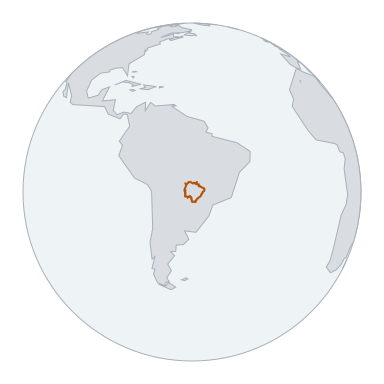 the Earth from above Mato Grosso do Sul
{"feature_id": "BRA-600", "entity_name": "Mato Grosso do Sul", "entity_type": "State", "adm_level": 1, "iso_a3": "BRA", "parent_name": "Brazil", "parent_adm1": "", "projection": "orthographic", "projection_center": [-55.435, -20.619], "detail": "fine", "context": "on_globe", "style": "outline", "palette": "amber", "viewbox_px": 384, "rotation_deg": 0, "n_neighbors": 0, "source": "natural_earth", "source_scale": "10m", "svg_char_len": 7741}
<svg xmlns="http://www.w3.org/2000/svg" viewBox="0 0 384 384"><circle cx="192" cy="192" r="169" fill="#eef3f6" stroke="#a8b0b8"/><path d="M163.5,25.5L163.2,25.5L160.0,26.1L163.5,25.5ZM157.4,26.6L140.5,31.3L136.9,32.8L136.9,33.4L148.4,31.9L146.6,33.5L148.1,34.8L151.6,33.2L151.6,31.7L158.4,29.5L157.7,28.4L160.3,27.5L161.7,26.5L167.3,25.7L172.0,25.7L171.1,26.7L173.2,26.9L178.7,25.5L181.6,27.6L191.4,29.7L191.6,30.6L183.3,32.5L171.4,33.1L160.8,37.5L173.6,33.9L173.6,37.1L176.1,37.6L179.5,37.3L181.8,35.9L183.0,37.1L170.9,40.6L169.6,39.5L173.4,38.3L167.8,38.8L159.6,42.0L160.3,43.9L147.2,48.3L147.5,49.8L144.9,52.0L145.2,49.1L144.3,54.7L129.0,63.8L127.5,75.8L122.6,67.7L117.0,68.0L110.0,70.0L109.6,71.9L100.8,73.1L91.7,80.0L86.6,91.0L88.2,98.1L98.1,95.3L101.9,89.7L109.6,86.8L102.3,101.0L115.5,99.7L113.2,110.2L116.8,114.8L123.9,112.1L131.0,113.5L136.7,106.6L145.6,102.2L145.3,110.7L150.6,102.4L155.3,106.0L173.4,104.5L171.9,106.5L187.0,116.4L204.1,121.2L208.1,128.0L205.9,132.1L212.0,133.6L212.1,136.4L237.0,142.7L250.1,151.5L249.9,161.6L239.5,172.2L231.2,197.6L212.8,205.1L208.9,216.0L196.0,232.3L184.7,230.9L188.8,239.4L183.3,244.6L176.2,245.1L175.8,251.3L170.6,251.7L174.6,255.6L167.7,264.1L171.4,270.7L166.7,277.8L169.3,281.8L167.0,281.8L164.9,283.5L165.2,285.8L157.5,282.7L153.5,273.9L155.0,269.1L151.9,268.7L154.9,256.6L152.1,259.3L150.0,242.5L152.7,228.5L151.6,191.3L147.5,184.6L134.6,178.1L118.8,155.7L122.5,145.2L119.3,141.2L129.7,126.2L127.4,114.8L123.8,113.8L120.0,118.8L108.2,114.1L104.7,106.6L72.7,104.6L70.2,102.1L71.6,96.0L68.5,82.9L66.4,97.6L63.7,96.2L63.0,91.8L65.2,89.3L67.1,82.2L65.8,81.6L71.8,73.4L77.6,67.7L87.4,59.3L97.9,51.6L109.0,44.8L120.5,38.9L132.5,33.9L144.8,29.8L157.4,26.6ZM125.9,80.4L141.1,84.3L131.6,86.5L133.6,85.0L129.9,83.0L122.8,81.9L114.7,85.0L125.9,80.4ZM134.5,72.0L131.8,72.0L134.5,71.5L134.5,72.0ZM158.6,27.0L160.1,26.7L159.1,27.1L158.6,27.0ZM157.7,27.0L155.4,27.6L154.6,27.6L156.1,27.2L157.7,27.0ZM160.8,26.3L153.6,27.7L152.3,27.9L156.8,26.8L160.8,26.3ZM171.0,289.7L158.4,284.1L165.2,286.4L168.6,282.5L175.7,287.2L171.0,289.7ZM181.5,279.8L186.2,277.8L187.8,278.9L184.8,280.6L181.5,279.8ZM303.7,65.2L304.5,66.0L306.7,68.0L316.1,77.4L318.3,79.8L314.2,75.3L300.9,63.0L297.3,61.3L300.6,69.0L296.9,68.2L290.1,64.4L280.9,53.9L290.4,57.0L287.2,54.1L278.5,48.4L282.1,50.1L279.7,48.4L282.6,49.7L280.1,47.8L292.2,56.0L303.7,65.2ZM354.7,237.6L353.6,241.4L351.0,245.7L346.2,257.5L344.1,258.8L340.7,265.1L336.2,269.8L330.5,272.8L326.3,267.0L330.0,260.8L333.9,246.5L341.1,215.2L346.3,204.2L347.6,194.1L344.1,169.2L345.2,158.6L343.3,152.8L339.8,151.8L337.1,144.9L334.6,143.5L316.1,139.9L308.0,130.4L292.2,106.3L293.7,99.1L289.5,89.8L296.3,68.2L302.7,71.8L313.7,76.0L315.9,78.1L320.1,83.8L332.6,98.6L331.0,95.9L337.6,106.3L343.5,117.2L348.6,128.5L352.8,140.1L356.2,152.0L358.6,164.1L360.2,176.3L360.9,188.7L360.7,201.0L359.6,213.4L357.6,225.6L354.7,237.6ZM299.8,80.0L301.0,82.5L299.8,80.0ZM173.9,104.4L176.1,105.9L173.1,106.1L173.9,104.4ZM129.9,89.9L133.3,89.5L135.0,90.5L132.3,91.3L129.9,89.9ZM159.6,86.5L163.7,86.9L159.3,87.9L159.6,86.5ZM143.6,84.9L156.3,86.6L147.7,89.7L139.7,88.8L145.5,87.4L143.6,84.9ZM132.0,76.4L134.1,76.6L133.2,78.0L132.0,76.4ZM136.5,71.7L135.6,72.0L134.8,71.1L136.5,71.7ZM174.4,36.9L175.4,36.7L178.7,36.7L176.8,37.3L174.4,36.9ZM195.2,34.1L196.8,36.2L194.4,34.9L192.1,35.9L184.1,34.9L191.2,31.1L189.4,32.8L195.2,34.1ZM175.5,33.1L179.7,33.8L174.8,33.2L175.5,33.1ZM263.6,39.4L266.8,40.9L268.9,42.2L266.4,41.9L263.3,39.8L263.6,39.4ZM261.9,38.2L262.8,38.6L264.6,39.4L266.8,40.6L277.9,46.6L280.5,48.3L274.5,45.9L275.0,45.5L271.9,43.9L270.8,42.8L260.6,37.6L261.6,38.0L261.9,38.2ZM238.1,29.5L237.1,29.2L232.0,27.9L232.5,28.0L228.0,26.9L229.7,27.3L238.1,29.5ZM170.1,24.5L167.8,24.8L168.1,24.7L169.5,24.5L170.1,24.5ZM178.7,23.6L177.8,23.6L184.6,23.3L181.5,23.8L177.2,23.9L179.9,24.3L174.7,24.6L177.2,25.0L168.0,25.1L163.5,25.7L169.7,24.7L172.7,24.2L172.2,24.2L178.7,23.6ZM216.6,24.8L210.9,24.3L208.9,24.9L209.6,25.9L202.3,25.1L197.0,23.9L193.7,23.2L196.0,23.1L216.6,24.8ZM315.2,76.8L316.4,77.9L317.5,78.9L319.9,81.8L315.2,76.8ZM306.3,68.4L306.9,68.6L310.8,72.7L309.6,71.8L306.3,68.4ZM303.8,65.6L306.6,68.4L304.4,66.3L303.8,65.6ZM342.8,268.2L343.1,267.7L346.8,259.7L346.9,259.4L342.8,268.2Z" fill="#d9dde1" stroke="#a8b0b8" stroke-width="1"/><path d="M185.1,190.3L185.3,190.2L184.6,189.5L184.5,189.4L185.4,187.4L185.5,187.4L185.6,187.0L186.0,185.1L186.3,185.0L186.3,184.9L186.2,184.9L186.0,184.7L185.8,184.3L185.6,183.9L185.5,183.6L185.8,183.6L185.9,183.8L186.0,183.8L186.3,184.0L186.4,183.9L186.9,183.8L187.0,183.7L187.4,183.6L187.7,183.3L187.7,183.2L187.9,182.9L188.0,182.8L188.0,182.7L188.2,182.4L188.3,182.3L188.5,182.3L188.9,182.3L189.0,182.2L189.1,182.3L189.3,182.2L189.5,182.2L190.1,181.9L190.3,181.9L190.3,182.0L190.8,182.2L190.9,182.3L191.0,182.4L191.4,182.5L191.5,182.5L191.7,182.8L192.0,182.9L192.3,183.1L192.7,183.4L192.9,183.3L193.0,183.3L193.3,183.3L193.5,183.3L193.8,183.1L193.9,182.9L194.1,182.9L194.3,182.8L194.5,182.8L194.9,183.1L194.9,183.3L195.0,183.3L195.4,183.2L195.5,183.2L195.8,183.1L195.9,182.9L196.1,182.8L196.2,182.7L196.4,182.4L196.5,182.3L196.7,182.1L196.9,182.1L196.9,182.3L196.8,182.6L196.8,182.8L196.7,183.3L196.4,183.4L196.3,183.6L196.2,183.7L196.1,183.9L196.1,184.0L196.4,184.1L196.7,184.3L196.8,184.3L197.1,184.3L197.5,184.4L198.0,184.3L198.4,184.4L198.7,184.4L198.7,184.6L198.7,185.2L198.7,185.3L198.8,185.4L198.8,185.5L199.0,185.4L199.4,185.5L199.5,185.6L199.4,185.7L199.2,186.0L199.1,186.3L199.5,186.4L199.9,186.5L200.2,186.4L200.4,186.5L200.6,186.7L200.7,186.8L200.9,186.8L201.1,186.9L201.3,187.0L201.6,187.2L201.8,187.3L202.0,187.5L202.6,187.7L202.7,187.8L202.8,187.8L203.1,187.8L203.4,188.1L203.5,188.1L203.8,188.2L204.0,188.3L204.2,188.5L204.4,188.8L204.5,189.0L204.4,189.1L204.3,189.3L204.2,189.4L204.2,189.5L204.3,190.1L204.3,190.4L204.3,190.6L204.2,190.9L204.0,191.1L203.9,191.2L203.5,191.3L203.3,191.4L203.2,191.5L203.0,191.9L202.8,192.0L202.7,192.0L202.6,192.3L202.5,192.9L202.4,192.9L202.2,193.2L202.0,193.5L201.8,193.6L201.8,194.0L201.6,194.4L201.5,194.6L201.4,194.7L201.2,194.6L201.1,194.8L201.2,195.0L201.3,195.1L201.2,195.3L200.9,195.5L200.7,195.8L200.5,196.0L200.4,196.3L200.1,196.7L199.9,196.8L199.7,196.9L199.5,197.0L199.4,197.1L199.1,197.3L198.9,197.5L198.7,197.5L198.3,198.0L198.2,198.2L197.3,198.6L197.1,198.7L197.0,198.8L196.9,199.0L196.9,199.4L196.6,199.9L196.6,200.0L196.3,200.2L196.0,200.3L196.0,200.5L195.8,200.9L195.8,201.1L195.7,201.3L195.7,201.7L195.7,201.8L195.4,202.0L195.2,202.1L194.9,201.9L194.7,201.7L194.2,201.4L194.0,201.5L193.6,201.6L193.4,201.8L193.2,201.9L192.9,201.9L192.7,202.0L192.4,201.9L192.2,201.9L192.0,201.2L191.9,201.0L191.7,200.8L191.7,200.4L191.8,200.2L191.7,200.0L191.7,199.9L191.7,199.7L191.7,199.4L191.6,199.2L191.4,199.0L191.5,198.8L191.4,198.6L191.5,198.3L191.5,198.2L191.5,197.9L191.3,197.8L191.2,197.8L191.2,197.7L191.1,197.3L191.1,197.2L190.8,196.9L190.8,197.0L190.6,197.0L190.5,196.9L190.4,196.9L189.9,196.9L189.7,196.8L189.6,196.7L189.4,196.5L189.4,196.3L189.1,196.4L188.9,196.5L188.7,196.8L188.6,196.7L188.5,196.8L188.4,196.8L188.2,196.9L188.1,197.0L188.1,196.9L187.9,196.8L187.7,196.8L187.4,196.8L187.3,196.7L187.2,196.7L186.8,196.7L186.7,196.7L186.3,196.7L186.2,196.6L185.9,196.4L185.7,196.4L185.6,196.5L185.4,196.5L185.2,196.5L185.1,196.4L185.0,196.2L185.2,195.8L185.1,195.7L185.1,195.4L185.3,195.2L185.2,195.1L185.2,194.8L185.1,194.7L185.3,194.2L185.2,194.0L185.3,193.9L185.4,193.7L185.4,193.4L185.4,193.2L185.2,192.9L185.3,192.7L185.2,192.6L185.3,192.4L185.2,192.3L185.2,192.2L185.0,192.3L185.0,192.2L184.9,192.1L184.9,191.9L184.9,191.7L184.8,191.4L184.7,191.3L184.6,191.2L184.5,190.9L184.5,190.7L184.8,190.6L184.8,190.4L185.0,190.4L185.1,190.3Z" fill="none" stroke="#b45309" stroke-width="2"/></svg>